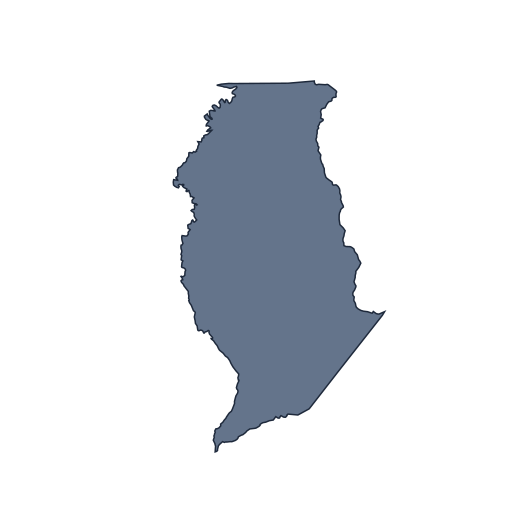 the district of Siquirres, Limón, Costa Rica, rotated 308°
{"feature_id": "36466004B47231661736374", "entity_name": "Siquirres", "entity_type": "district", "adm_level": 2, "iso_a3": "CRI", "parent_name": "Costa Rica", "parent_adm1": "Limón", "projection": "orthographic", "projection_center": [-83.503, 10.148], "detail": "fine", "context": "isolated", "style": "filled", "palette": "slate", "viewbox_px": 512, "rotation_deg": 308, "n_neighbors": 0, "source": "geoboundaries", "source_scale": "gbopen_adm2", "svg_char_len": 6131}
<svg xmlns="http://www.w3.org/2000/svg" viewBox="0 0 512 512"><g transform="rotate(308 256 256)"><path d="M429.8,194.2L412.0,175.0L378.2,132.3L375.3,128.4L370.1,122.9L366.4,119.9L369.2,125.6L369.5,126.8L370.8,128.8L372.1,132.3L373.8,133.8L375.3,134.4L377.6,136.2L377.3,137.0L376.7,137.3L374.9,137.2L372.3,136.3L370.5,136.4L369.8,136.8L369.4,137.5L370.0,139.0L370.0,140.4L369.5,141.3L368.3,141.3L366.9,140.1L365.5,140.4L363.1,141.5L361.5,141.5L359.8,141.1L360.0,139.5L361.1,137.7L361.1,136.5L360.9,136.1L359.9,136.1L359.2,136.3L358.1,137.1L357.7,137.0L357.8,136.0L358.7,133.8L358.7,132.4L358.1,132.1L354.5,132.1L354.0,132.6L353.6,134.3L352.9,135.1L350.9,136.2L350.2,136.1L349.6,135.3L349.8,131.8L349.3,130.1L348.2,129.3L347.1,129.3L346.7,129.6L345.5,133.9L345.1,134.4L344.4,133.6L344.3,133.0L343.0,130.7L341.3,130.0L337.5,134.0L337.4,136.3L337.0,137.1L336.7,137.2L336.2,136.6L336.2,135.0L337.2,131.4L337.9,130.1L334.4,129.2L333.6,130.0L332.8,132.3L333.0,134.2L333.5,135.3L333.5,135.9L329.3,135.9L327.8,136.6L327.9,136.9L328.7,137.4L329.2,138.4L329.4,140.6L329.1,141.4L325.8,140.4L324.0,140.5L324.2,141.0L327.4,143.1L327.9,143.8L322.4,143.1L321.7,142.9L320.2,141.6L318.5,140.9L317.1,142.1L315.9,141.1L315.6,141.1L314.5,141.5L313.7,142.2L312.1,142.5L310.3,139.7L309.2,142.2L306.7,142.7L304.7,143.8L302.5,143.9L302.1,144.1L302.0,144.6L300.3,144.1L299.9,142.6L297.9,142.3L296.8,140.1L296.0,139.6L293.1,141.6L290.2,141.6L287.7,142.8L285.7,142.5L284.9,141.7L283.4,141.7L282.4,142.0L279.9,141.7L279.0,141.4L277.9,140.6L275.4,141.1L273.6,142.7L273.4,143.2L270.6,145.2L269.8,145.2L269.3,144.7L268.4,144.7L268.1,145.0L268.0,146.9L267.4,147.7L265.5,144.1L263.3,145.3L261.2,147.3L261.0,149.0L261.3,151.3L262.0,152.9L263.4,152.7L263.9,151.2L265.1,151.4L265.5,151.8L266.2,153.5L267.3,154.1L267.8,155.0L267.2,155.4L266.6,154.4L266.1,154.8L265.7,155.5L265.6,157.2L266.2,160.3L264.1,160.9L264.2,162.0L266.0,162.4L266.3,162.9L265.2,164.0L264.3,166.0L262.5,167.8L263.3,168.6L263.6,171.4L260.5,171.3L258.7,172.9L259.2,174.8L260.3,176.8L260.1,178.1L259.6,177.9L259.5,176.8L259.1,176.1L257.7,176.4L256.6,177.7L254.9,178.6L254.5,178.4L253.4,177.1L251.8,176.9L251.7,178.3L252.0,180.0L251.0,181.6L249.8,182.3L249.2,183.0L248.2,185.6L247.9,187.1L245.4,186.8L244.7,186.5L244.6,185.6L245.4,184.2L245.3,183.8L244.1,183.7L242.9,184.3L241.3,184.7L239.5,183.6L238.3,183.2L235.9,185.6L236.3,187.1L236.2,187.9L233.0,187.9L232.3,188.3L231.6,189.2L229.5,189.3L228.5,188.5L226.6,185.2L225.3,185.7L223.1,187.7L220.9,190.7L219.2,190.9L218.4,190.3L217.1,191.1L215.7,192.4L214.6,194.1L213.5,195.0L211.0,195.9L210.6,197.2L206.9,199.3L207.1,201.4L205.2,201.8L201.8,203.9L201.5,204.3L201.5,205.0L202.1,206.2L202.3,207.6L201.8,208.9L201.3,209.4L200.0,209.7L196.9,211.8L195.0,211.4L194.3,210.5L194.0,209.5L193.7,209.4L193.0,211.7L192.2,212.9L191.3,212.2L190.2,212.2L189.9,212.7L189.4,213.6L188.9,216.4L188.1,217.7L186.4,224.5L184.9,225.6L183.1,227.7L181.2,228.9L180.5,230.2L180.1,230.5L179.5,230.4L178.3,232.3L177.3,235.4L174.4,240.4L174.4,242.0L174.0,243.0L170.0,244.9L167.5,247.9L165.6,249.8L164.7,252.6L161.8,255.7L161.7,256.5L162.0,257.1L163.6,258.0L164.1,259.3L164.1,260.3L163.3,261.9L163.2,262.5L163.5,262.7L165.0,262.7L166.1,263.7L167.9,264.2L168.1,265.0L167.8,265.5L167.0,265.8L165.9,267.4L165.0,272.0L164.3,272.5L163.7,272.4L163.3,271.6L163.1,272.0L163.1,274.7L162.0,278.0L161.5,280.5L159.9,283.6L159.3,285.3L159.2,290.0L158.3,293.5L158.5,296.1L157.4,299.7L155.9,302.5L154.4,306.2L153.1,311.1L152.4,315.0L150.8,316.0L148.9,316.7L147.6,318.2L147.8,318.3L147.6,319.0L147.0,319.4L143.6,320.2L140.2,321.6L139.4,322.7L139.3,323.7L138.5,325.0L136.7,325.9L133.5,326.3L131.7,327.0L128.1,328.6L126.6,329.9L121.0,331.6L118.5,332.2L116.0,331.6L114.8,331.6L110.7,331.9L109.5,332.2L107.4,332.0L104.5,332.2L101.8,331.6L100.4,332.8L97.7,332.6L96.1,331.8L95.1,330.8L93.2,331.1L92.6,331.4L92.0,332.4L90.1,332.9L89.4,333.4L88.3,333.6L87.5,334.7L84.6,335.7L82.9,339.1L82.0,340.1L81.4,341.1L76.5,344.4L77.9,345.3L79.1,345.4L80.0,344.7L83.4,343.2L85.3,343.3L89.2,344.0L89.6,345.8L91.1,346.8L91.3,347.4L93.8,349.9L94.8,351.3L97.8,353.2L99.8,353.9L101.4,353.9L102.7,353.4L106.1,354.9L106.9,355.6L110.6,356.5L112.4,356.5L115.9,357.6L119.6,361.3L120.5,362.0L123.5,363.2L125.0,363.5L125.5,363.0L126.2,363.0L128.7,363.9L131.1,366.0L134.4,367.9L137.4,370.6L141.6,370.5L141.8,372.9L142.4,374.0L143.2,374.3L144.2,373.9L145.6,374.0L146.0,376.8L146.8,378.2L147.3,378.6L149.3,378.7L149.5,378.3L151.1,378.5L156.5,386.9L168.3,392.0L216.2,391.9L287.1,392.1L291.3,391.6L286.0,388.7L285.4,387.9L284.6,386.2L284.5,382.6L282.6,382.8L282.2,382.2L280.8,378.2L278.7,374.7L277.7,372.2L277.2,369.2L277.4,366.7L278.0,365.6L279.9,363.4L281.0,360.8L281.6,360.1L284.2,358.6L284.7,356.6L286.0,355.4L287.2,354.8L289.9,354.6L293.2,353.7L294.1,353.0L294.6,351.5L296.0,349.1L300.1,347.4L301.7,346.2L304.2,345.1L305.3,344.1L310.3,344.0L314.9,343.0L315.9,340.9L316.4,339.0L319.3,335.1L320.2,331.0L321.8,328.8L321.8,326.9L321.6,325.2L321.3,324.4L318.9,321.1L318.3,318.9L320.5,317.0L321.0,315.8L322.1,314.6L323.6,313.7L326.0,312.9L327.9,311.8L330.8,310.7L331.8,307.6L332.4,302.8L336.1,298.9L339.5,296.3L341.6,295.2L343.0,295.0L344.4,294.3L345.6,294.2L348.4,294.7L349.3,293.7L350.9,290.2L351.5,289.8L352.5,287.9L354.9,286.6L356.1,285.3L357.2,283.2L359.1,281.9L360.3,280.5L361.3,278.1L361.5,275.7L361.0,274.9L359.6,273.5L359.4,272.4L360.9,270.7L361.1,270.1L360.9,266.7L360.9,263.5L361.1,262.6L363.7,258.7L366.9,255.9L367.9,253.9L369.3,252.1L369.3,251.3L370.0,250.1L372.0,247.2L373.6,245.9L375.5,244.9L377.1,240.1L380.5,238.6L380.9,236.8L382.6,235.4L383.7,232.8L385.0,231.3L387.0,230.7L388.4,229.5L390.3,228.7L392.7,226.8L393.6,226.6L395.4,226.6L396.3,225.1L398.3,224.9L400.7,224.1L401.4,224.6L404.0,225.4L405.0,224.8L404.5,222.0L407.5,220.4L409.6,217.9L411.4,217.3L412.8,217.4L415.3,219.2L418.9,218.4L422.2,218.3L424.2,219.8L425.3,220.0L426.8,219.0L427.5,219.0L428.8,219.5L429.8,220.7L430.5,221.1L431.1,220.9L431.9,220.0L433.3,219.0L434.8,218.6L435.3,218.0L435.5,216.1L435.4,207.4L435.1,206.5L433.6,205.1L429.9,199.7L428.2,198.3L427.8,197.0L428.8,195.0L429.8,194.2Z" fill="#64748b" stroke="#1e293b" stroke-width="1.5"/></g></svg>